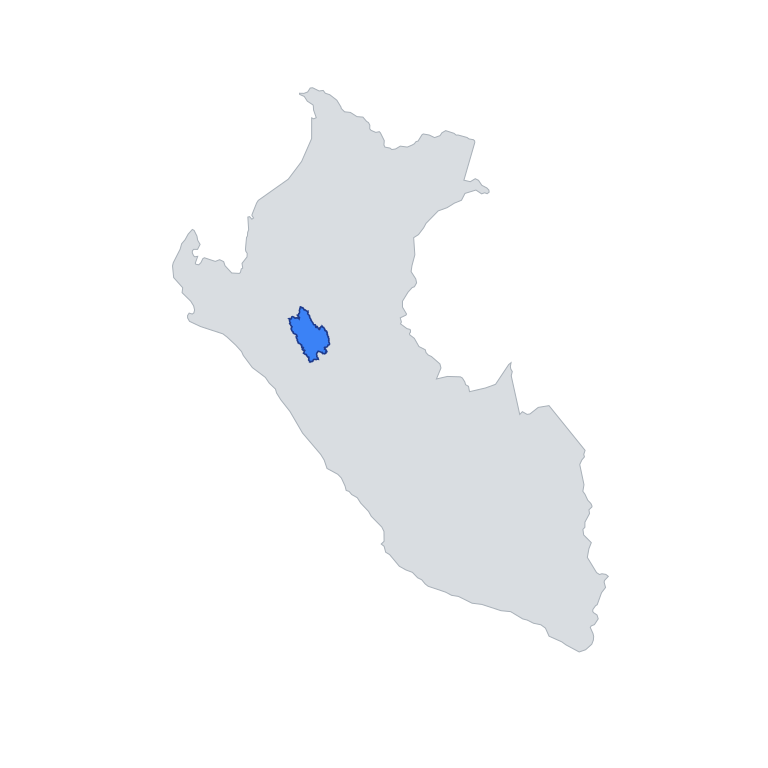 Mariscal Caceres, San Martín, Peru shown in context, rotated 347°
{"feature_id": "86281439B62722708065748", "entity_name": "Mariscal Caceres", "entity_type": "district", "adm_level": 2, "iso_a3": "PER", "parent_name": "Peru", "parent_adm1": "San Martín", "projection": "natural_earth1", "projection_center": [-77.093, -7.224], "detail": "fine", "context": "in_parent", "style": "filled", "palette": "blue", "viewbox_px": 768, "rotation_deg": 347, "n_neighbors": 0, "source": "geoboundaries", "source_scale": "gbopen_adm2", "svg_char_len": 9422}
<svg xmlns="http://www.w3.org/2000/svg" viewBox="0 0 768 768"><g transform="rotate(347 384 384)"><path d="M529.8,218.6L529.6,220.7L527.3,221.8L525.1,220.3L521.9,220.7L517.2,215.7L505.8,216.5L500.8,222.4L493.3,223.6L485.1,226.4L475.8,227.5L461.1,236.9L457.8,240.7L451.2,246.2L445.8,248.1L443.1,265.1L437.8,275.1L435.7,280.6L438.6,288.8L438.5,292.8L435.5,296.1L433.1,296.4L428.1,299.9L420.6,307.5L419.3,313.3L421.7,320.9L420.9,321.8L414.7,323.2L414.9,327.5L413.6,329.1L418.8,335.2L421.7,336.7L421.8,338.2L421.3,339.7L420.2,340.4L420.1,341.8L423.8,346.3L426.5,355.4L431.9,359.9L432.0,362.8L433.6,365.7L436.4,367.9L443.0,377.0L443.1,381.2L436.2,390.9L447.5,390.9L460.0,394.2L461.7,395.8L463.2,400.1L463.3,403.0L465.8,405.3L465.6,410.7L482.0,410.7L492.6,409.4L509.9,393.1L512.6,391.8L511.1,395.3L510.9,397.9L511.8,400.7L509.8,404.7L509.4,444.2L512.6,442.1L516.6,445.8L519.5,446.0L529.0,441.5L539.9,442.2L565.0,493.9L562.8,497.5L562.9,500.1L559.8,502.4L556.6,506.5L556.2,527.1L553.6,533.3L555.0,536.6L556.4,543.1L558.7,547.0L559.2,549.6L559.0,550.5L555.4,552.7L555.1,556.5L548.7,563.8L547.5,568.8L545.1,570.4L544.6,576.0L550.3,585.2L546.6,590.6L543.1,598.7L548.7,615.6L551.1,618.1L553.6,617.9L557.3,619.4L559.3,621.9L554.6,625.1L553.9,626.6L554.1,632.1L549.0,636.3L542.1,647.0L540.3,647.6L536.8,650.7L536.2,652.4L536.7,653.9L539.6,657.0L539.9,661.0L534.9,665.8L531.5,666.3L530.2,667.6L531.5,674.1L531.5,677.1L530.4,680.6L527.9,684.3L520.6,688.3L513.9,689.0L502.7,679.2L499.2,675.2L488.1,666.9L486.4,658.2L482.7,653.9L475.8,650.7L470.4,646.2L466.3,644.1L456.2,634.3L447.0,631.2L429.8,620.8L420.5,617.4L408.7,607.7L402.3,605.1L397.1,600.6L381.5,591.0L379.1,588.0L376.7,583.2L373.2,580.4L369.3,573.9L363.5,570.1L357.9,565.0L351.1,551.5L347.8,548.3L347.6,542.2L345.3,539.3L348.7,537.3L350.8,527.7L349.7,522.9L341.8,510.0L340.3,504.7L334.5,494.8L332.4,488.8L327.7,484.5L325.8,480.8L323.2,479.2L323.1,474.6L321.3,466.0L318.7,461.6L309.5,453.5L308.6,444.6L306.5,438.4L293.6,413.5L286.2,389.6L279.9,376.2L277.3,368.6L277.1,364.5L272.4,357.4L269.9,350.9L259.4,338.4L253.3,324.5L252.5,320.4L248.3,312.8L241.6,302.9L238.3,298.9L218.1,286.7L208.6,279.2L207.5,275.4L208.0,273.1L210.1,271.1L212.9,272.7L214.7,272.0L216.1,269.3L216.1,265.1L214.3,259.8L207.8,249.6L209.5,244.9L203.0,233.0L204.5,221.4L205.9,218.5L215.7,206.8L218.4,201.8L222.6,198.7L226.9,193.9L232.0,190.3L233.5,191.6L235.0,197.8L234.8,202.0L236.2,206.6L232.6,210.9L228.8,210.0L227.3,211.1L226.7,213.0L227.3,216.2L228.3,217.5L231.2,217.7L227.3,223.8L227.6,225.0L230.3,226.2L232.9,224.6L235.7,221.1L237.4,220.6L247.2,226.6L251.8,225.9L255.3,228.7L255.7,233.0L260.6,241.6L267.9,243.7L269.2,243.0L270.8,239.8L272.4,239.3L272.8,234.5L279.1,229.4L280.1,226.0L279.2,223.5L279.3,221.6L283.0,210.3L284.2,209.1L285.3,205.5L286.8,203.3L288.9,190.7L290.7,190.7L292.3,193.7L294.3,192.9L293.2,190.1L293.6,189.1L300.6,179.0L302.8,176.8L336.8,162.9L353.8,148.6L368.7,128.6L373.4,108.4L375.1,109.8L377.9,109.3L377.0,101.1L377.7,97.2L377.6,96.1L372.9,91.2L371.0,85.9L366.9,82.8L367.1,81.7L371.4,82.8L375.3,82.3L378.7,79.0L381.1,79.3L386.7,83.9L390.8,84.3L392.2,87.5L396.2,89.9L401.9,96.9L404.4,104.5L404.3,105.9L406.8,109.9L412.3,111.8L417.8,117.4L423.5,119.2L426.1,124.2L427.7,125.8L428.4,128.7L427.5,132.1L428.4,133.9L432.6,137.0L436.2,137.1L437.0,138.5L439.0,146.9L437.7,151.1L438.2,153.4L442.9,155.5L444.3,157.3L448.1,157.6L453.4,155.9L460.0,158.4L465.1,157.5L467.5,156.8L469.8,155.0L471.8,155.0L477.1,149.7L478.5,149.2L484.1,151.6L488.7,155.3L494.5,154.6L496.9,152.3L501.1,151.0L508.6,155.5L510.3,157.7L512.3,158.1L520.4,162.5L521.9,164.3L526.1,166.1L527.0,167.5L526.8,169.1L507.7,203.4L513.6,206.3L519.1,204.5L521.9,206.8L524.0,212.4L528.3,216.1L529.8,218.6Z" fill="#d9dde1" stroke="#a8b0b8" stroke-width="1"/><path d="M337.0,314.8L337.1,314.4L336.7,313.6L336.6,313.8L336.2,314.0L335.8,313.8L335.5,314.1L335.2,314.2L335.1,314.5L334.9,314.7L334.5,315.0L334.1,314.8L333.9,314.9L333.8,315.2L333.8,316.0L333.4,316.4L333.1,316.4L332.9,316.1L332.9,315.8L332.4,314.9L332.4,314.6L332.2,314.1L331.8,312.9L331.7,312.9L331.2,313.2L330.9,313.7L330.3,313.5L330.2,313.1L330.4,312.8L330.3,312.4L330.5,312.2L330.5,311.8L330.6,311.6L330.3,311.2L330.4,310.9L330.2,310.7L329.4,310.6L329.0,310.5L328.8,310.3L328.6,309.8L328.5,308.5L328.3,308.0L327.9,307.3L327.7,306.5L327.5,306.3L327.5,306.0L327.4,305.8L327.4,305.3L327.1,305.1L327.3,304.8L327.2,304.1L327.0,303.7L326.7,303.4L326.8,302.8L326.5,301.9L326.5,301.6L326.6,301.3L326.9,301.1L326.6,300.5L326.4,299.8L326.0,299.5L325.8,298.7L325.5,298.6L325.4,298.5L325.5,298.2L325.7,297.3L326.2,297.1L326.1,296.8L326.3,296.1L325.9,296.2L325.7,295.8L325.1,295.6L324.5,294.9L324.1,294.2L323.7,294.0L323.0,294.0L323.0,293.5L322.7,293.3L322.6,293.0L322.6,292.5L322.5,292.3L322.3,291.8L321.9,291.7L321.9,291.3L321.6,291.2L321.2,291.3L321.1,291.0L320.8,290.9L320.5,290.3L320.1,290.0L319.6,290.2L319.7,290.8L319.3,291.3L319.0,291.4L318.8,292.4L318.2,292.9L318.0,293.6L318.1,293.9L318.0,294.7L317.7,295.5L317.4,296.0L317.2,296.1L316.7,296.3L316.3,297.4L315.0,297.4L315.1,297.9L315.4,298.5L315.9,298.8L316.0,299.4L316.2,299.6L316.6,300.5L316.1,300.9L315.9,301.5L315.5,300.8L315.0,300.6L314.5,300.0L314.3,299.9L313.9,300.1L313.5,299.8L313.1,299.8L312.9,299.7L312.7,299.7L312.6,299.9L312.2,299.7L312.0,299.8L311.5,299.2L311.4,298.7L311.1,298.4L310.8,298.4L310.4,298.0L310.3,297.8L310.0,297.7L309.5,297.7L309.1,298.0L308.6,298.7L308.6,299.3L308.3,299.5L308.1,299.7L307.8,299.9L307.4,299.8L307.2,299.6L307.0,299.2L306.5,298.9L306.3,298.9L306.4,299.0L306.2,299.6L306.3,300.1L306.2,300.4L306.2,300.8L306.4,301.0L306.2,301.6L306.1,302.1L306.2,302.4L306.4,302.6L306.5,303.2L306.6,303.4L306.4,303.6L305.8,303.7L305.6,303.9L306.3,305.3L306.3,305.7L306.4,306.1L306.6,306.2L306.5,306.4L306.8,307.0L307.3,307.5L307.1,307.8L307.0,308.0L306.5,308.2L306.3,308.5L306.4,308.9L305.8,309.4L305.9,309.8L306.1,310.1L306.1,310.4L306.2,310.6L306.1,310.8L306.2,311.0L306.2,311.3L306.3,311.5L306.4,311.8L306.8,312.6L307.0,312.8L307.3,312.9L307.3,313.1L307.0,313.5L307.1,314.2L307.6,314.6L307.8,314.6L308.0,315.0L309.2,315.6L309.4,316.2L309.7,316.3L309.9,316.5L309.8,317.0L310.0,317.5L310.2,317.9L309.4,318.4L309.3,318.7L309.0,318.6L309.1,319.0L309.3,319.0L309.0,319.6L309.3,320.1L309.4,320.8L309.6,321.3L309.4,321.4L309.4,321.7L309.2,322.0L309.4,322.3L309.3,322.5L309.5,323.1L309.8,323.8L309.5,324.4L310.0,324.6L310.1,325.1L310.4,325.5L310.6,325.4L311.5,326.1L311.7,326.5L311.8,327.1L312.0,327.2L312.1,327.5L312.3,327.5L312.5,327.4L312.6,327.6L312.4,327.8L312.4,328.5L312.2,328.7L312.3,329.1L312.1,329.4L312.2,329.6L312.1,329.8L312.2,330.0L312.7,329.8L312.8,330.0L313.0,330.0L313.3,330.0L313.7,330.7L313.4,331.0L313.2,331.0L312.9,331.0L312.4,331.1L312.4,331.3L312.6,331.7L312.4,332.0L312.2,332.1L312.5,332.5L312.6,332.4L312.9,332.5L313.0,332.8L313.0,333.1L313.3,333.5L313.6,333.4L313.9,333.1L314.2,333.1L314.3,333.2L314.4,333.5L314.2,333.6L313.7,333.8L313.7,334.6L313.4,334.9L313.3,335.2L312.5,335.7L312.4,335.8L312.5,336.0L313.1,336.3L313.1,336.5L313.3,336.8L313.5,337.0L313.9,337.4L314.0,337.3L314.2,337.5L314.5,337.6L314.9,337.7L314.9,338.0L315.1,338.2L315.2,338.6L315.0,338.9L315.8,340.6L316.1,340.5L316.4,340.8L316.8,340.9L316.8,341.2L316.6,341.4L316.5,341.8L316.5,342.0L316.4,342.1L316.5,342.7L316.2,342.9L316.1,343.3L315.9,343.7L316.1,344.2L316.3,344.2L316.5,344.6L316.8,344.9L316.7,345.1L316.7,345.4L316.5,345.7L316.8,345.9L316.9,346.1L317.6,345.7L318.0,345.8L318.2,345.7L318.4,345.9L318.8,345.8L318.9,346.0L319.1,346.0L319.5,345.5L320.0,345.6L320.4,344.8L320.7,344.4L320.9,344.3L321.4,344.4L321.7,344.3L322.3,344.6L322.8,344.6L323.3,345.0L323.8,345.0L324.2,344.7L324.4,344.7L325.6,345.2L325.5,343.6L325.2,343.0L324.8,342.6L324.6,342.3L324.7,341.9L325.1,341.1L324.9,340.5L325.0,339.7L325.4,338.8L326.0,338.5L326.2,338.1L326.8,337.7L327.0,337.4L327.2,337.5L327.4,337.3L329.6,338.6L329.8,338.9L329.9,339.0L330.1,339.1L330.4,339.4L330.6,339.7L330.6,339.8L330.8,340.0L330.9,339.9L330.9,340.0L331.1,340.1L331.3,340.7L331.7,340.5L331.9,340.7L332.4,340.8L332.7,341.2L333.1,341.3L333.4,341.2L333.6,341.0L333.8,341.0L333.9,340.8L334.3,340.6L334.3,340.3L334.5,340.4L334.5,340.1L334.7,339.9L334.8,339.9L334.8,339.7L335.1,339.8L335.4,339.8L335.4,339.6L335.7,339.3L335.4,339.0L335.3,338.1L335.0,338.0L335.0,337.8L334.8,337.4L335.0,337.3L335.0,337.1L334.9,337.0L334.6,337.2L334.4,337.0L334.3,336.8L334.3,336.7L334.5,336.5L334.5,336.4L334.1,336.5L334.2,336.3L334.2,336.0L334.6,336.1L334.6,335.8L334.1,335.4L334.1,335.1L334.6,334.9L334.7,335.1L335.0,335.2L335.3,335.1L335.6,335.0L336.4,335.1L336.7,335.0L337.4,334.8L338.1,333.5L338.5,333.6L338.9,333.6L339.1,333.6L339.3,333.3L339.7,333.2L339.9,333.0L340.0,332.5L340.0,331.8L339.9,331.2L339.7,331.1L339.6,330.9L339.9,329.9L339.8,329.2L340.3,328.9L340.2,328.3L340.4,327.9L340.3,327.5L340.5,327.4L340.4,326.9L340.1,326.0L340.1,325.8L340.3,325.7L340.2,325.4L340.3,325.3L340.1,325.2L340.0,324.4L340.1,323.8L339.9,323.7L339.8,323.4L340.0,323.3L339.9,323.0L340.0,323.0L340.1,322.7L340.0,322.0L340.0,321.8L339.9,321.6L340.1,321.2L340.2,320.9L340.3,320.8L340.1,320.5L340.1,320.3L340.0,320.0L339.9,320.1L339.9,319.8L339.7,319.8L339.6,319.5L339.5,319.2L339.4,319.1L339.2,319.1L339.1,318.8L339.0,318.7L338.9,318.8L338.7,318.8L338.4,318.3L338.4,317.9L338.6,317.8L338.7,317.5L338.5,317.4L338.5,317.1L338.4,317.0L338.4,316.8L338.3,316.6L338.2,316.2L338.1,315.9L338.1,315.7L338.0,315.4L337.8,315.4L337.0,314.8Z" fill="#3b82f6" stroke="#1e3a8a" stroke-width="1.5"/></g></svg>